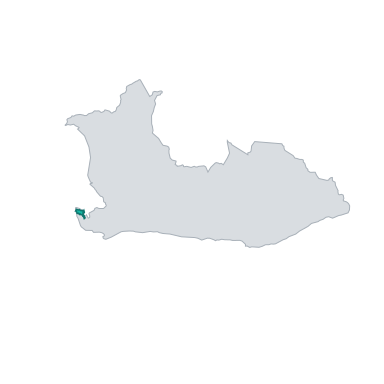 location of Tumbes, Tumbes, Peru, rotated 301°
{"feature_id": "86281439B11077659062931", "entity_name": "Tumbes", "entity_type": "district", "adm_level": 2, "iso_a3": "PER", "parent_name": "Peru", "parent_adm1": "Tumbes", "projection": "robinson", "projection_center": [-80.432, -3.859], "detail": "fine", "context": "in_parent", "style": "filled", "palette": "teal", "viewbox_px": 384, "rotation_deg": 301, "n_neighbors": 0, "source": "geoboundaries", "source_scale": "gbopen_adm2", "svg_char_len": 5867}
<svg xmlns="http://www.w3.org/2000/svg" viewBox="0 0 384 384"><g transform="rotate(301 192 192)"><path d="M262.8,113.7L262.7,114.8L261.5,115.3L260.5,114.5L259.0,114.8L256.7,112.4L251.2,112.7L248.7,115.5L245.1,116.1L241.1,117.4L236.6,118.0L229.5,122.4L227.9,124.2L224.7,126.9L222.1,127.7L220.7,135.8L218.2,140.5L217.1,143.1L218.5,147.0L218.5,148.9L217.0,150.5L215.9,150.7L213.4,152.3L209.8,155.9L209.2,158.6L210.3,162.3L209.9,162.7L206.9,163.4L207.0,165.4L206.4,166.1L208.9,169.0L210.3,169.7L210.4,170.5L210.1,171.2L209.6,171.5L209.5,172.2L211.3,174.3L212.6,178.6L215.2,180.7L215.3,182.1L216.0,183.5L217.4,184.5L220.6,188.8L220.6,190.8L217.3,195.4L222.8,195.4L228.8,197.0L229.7,197.7L230.4,199.8L230.4,201.2L231.6,202.3L231.5,204.8L239.5,204.8L244.6,204.2L253.0,196.5L254.3,195.8L253.6,197.5L253.5,198.7L254.0,200.1L253.0,201.9L252.7,220.7L254.3,219.7L256.2,221.4L257.6,221.5L262.2,219.4L267.5,219.8L279.6,244.2L278.5,245.9L278.6,247.2L277.0,248.2L275.5,250.2L275.3,259.9L274.0,262.9L274.7,264.4L275.4,267.5L276.5,269.4L276.7,270.6L276.6,271.0L274.9,272.1L274.7,273.8L271.6,277.3L271.1,279.6L269.9,280.4L269.7,283.1L272.4,287.4L270.6,290.0L268.9,293.8L271.5,301.8L272.7,303.0L273.9,302.9L275.7,303.6L276.7,304.8L274.4,306.3L274.0,307.0L274.1,309.6L271.6,311.6L268.3,316.6L267.4,316.9L265.7,318.4L265.4,319.2L265.6,319.9L267.0,321.4L267.2,323.2L264.7,325.5L263.1,325.7L262.4,326.3L263.1,329.4L263.0,330.9L262.5,332.5L261.3,334.3L257.7,336.2L254.5,336.5L249.1,331.8L247.4,329.9L242.0,326.0L241.2,321.9L239.4,319.9L236.1,318.4L233.5,316.2L231.5,315.3L226.6,310.6L222.2,309.1L213.9,304.3L209.4,302.6L203.6,298.1L200.5,296.8L198.0,294.7L190.5,290.2L189.3,288.7L188.2,286.5L186.5,285.1L184.6,282.1L181.8,280.3L179.1,277.9L175.8,271.5L174.2,270.0L174.1,267.1L173.1,265.7L174.7,264.8L175.7,260.2L175.2,257.9L171.4,251.8L170.6,249.3L167.9,244.6L166.8,241.8L164.6,239.8L163.7,238.0L162.4,237.3L162.3,235.1L161.5,231.0L160.3,228.9L155.8,225.1L155.4,220.9L154.4,217.9L148.2,206.1L144.6,194.8L141.5,188.5L140.3,184.8L140.2,182.9L137.9,179.5L136.7,176.5L131.7,170.6L128.7,164.0L128.3,162.0L126.3,158.4L123.1,153.7L121.5,151.8L111.7,146.0L107.1,142.5L106.6,140.7L106.8,139.6L107.8,138.6L109.2,139.4L110.1,139.1L110.7,137.8L110.7,135.8L109.9,133.3L106.7,128.4L107.6,126.2L104.4,120.6L105.1,115.1L105.8,113.7L110.6,108.1L111.9,105.8L113.9,104.3L116.0,102.1L118.5,100.3L119.2,100.9L119.9,103.9L119.8,105.9L120.5,108.1L118.8,110.1L116.9,109.7L116.2,110.2L115.9,111.1L116.2,112.6L116.7,113.2L118.1,113.3L116.2,116.2L116.3,116.8L117.7,117.3L118.9,116.6L120.3,114.9L121.1,114.7L125.8,117.5L128.0,117.2L129.7,118.5L129.9,120.6L132.3,124.7L135.9,125.6L136.5,125.3L137.3,123.8L138.1,123.6L138.2,121.3L141.3,118.9L141.8,117.2L141.3,116.1L141.4,115.2L143.2,109.8L143.8,109.3L144.3,107.5L145.0,106.5L146.1,100.5L146.9,100.5L147.7,101.9L148.7,101.6L148.2,100.2L148.3,99.8L151.7,95.0L152.8,93.9L169.3,87.3L177.5,80.5L184.8,71.0L187.0,61.5L187.9,62.1L189.2,61.9L188.8,58.0L189.1,56.2L189.1,55.6L186.8,53.3L185.9,50.8L183.9,49.4L184.0,48.8L186.1,49.3L188.0,49.1L189.6,47.5L190.8,47.7L193.5,49.8L195.5,50.0L196.1,51.6L198.1,52.7L200.8,56.0L202.1,59.6L202.0,60.3L203.2,62.2L205.9,63.1L208.6,65.8L211.3,66.6L212.6,69.0L213.3,69.8L213.7,71.1L213.3,72.7L213.7,73.6L215.7,75.0L217.5,75.1L217.8,75.8L218.8,79.7L218.2,81.7L218.4,82.8L220.7,83.8L221.4,84.7L223.2,84.8L225.8,84.0L229.0,85.2L231.5,84.8L232.6,84.4L233.8,83.6L234.7,83.6L237.3,81.1L238.0,80.8L240.6,82.0L242.9,83.7L245.7,83.4L246.9,82.3L248.9,81.7L252.5,83.8L253.3,84.8L254.3,85.0L258.3,87.2L259.0,88.0L261.0,88.8L261.5,89.5L261.3,90.3L252.1,106.6L254.9,107.9L257.6,107.1L259.0,108.2L260.0,110.8L262.1,112.6L262.8,113.7Z" fill="#d9dde1" stroke="#a8b0b8" stroke-width="1"/><path d="M113.7,113.4L113.8,113.5L114.0,113.6L114.3,113.6L114.5,113.6L114.5,113.4L114.8,113.4L114.8,113.2L115.0,113.1L115.0,112.9L115.2,112.7L115.3,112.6L115.2,112.6L115.3,112.5L115.3,112.4L115.4,112.2L115.5,112.2L115.6,111.9L115.7,111.7L115.8,111.6L116.0,111.4L116.0,111.5L116.1,111.4L116.3,111.3L116.4,111.2L116.4,110.9L116.5,110.8L116.5,110.6L116.7,110.4L116.8,110.3L116.8,110.2L116.8,109.9L117.0,109.8L117.1,110.0L117.2,109.9L117.3,109.9L117.5,109.7L117.5,109.8L117.8,109.8L117.9,109.7L118.0,109.8L118.3,109.9L118.4,110.0L118.5,110.2L118.8,110.3L119.0,110.2L119.3,110.1L119.4,109.9L119.5,109.7L119.7,109.4L119.7,109.2L119.8,109.2L119.8,109.3L119.9,109.2L120.0,109.3L120.1,109.2L120.3,109.1L120.4,108.9L120.5,108.8L120.4,108.8L120.3,108.7L120.2,108.6L119.9,108.5L119.7,108.5L119.7,108.4L119.5,108.5L119.4,108.5L119.4,108.4L119.4,108.2L119.5,107.9L119.5,107.6L119.4,107.5L119.4,107.4L119.4,107.2L119.2,107.0L119.2,106.9L119.0,106.7L118.9,106.6L118.8,106.4L118.8,106.2L118.8,105.9L118.9,105.7L118.8,105.4L118.8,105.2L118.9,104.9L118.9,104.7L118.7,104.5L118.7,104.4L118.3,104.2L118.2,104.1L117.7,102.0L117.4,102.2L117.2,102.3L117.1,102.2L116.9,102.0L117.0,102.0L117.0,101.9L117.3,101.9L117.5,101.9L117.3,101.9L117.2,101.9L116.7,102.1L116.3,102.2L116.5,102.2L116.4,102.2L116.2,102.1L116.3,102.2L116.2,102.1L116.3,102.1L116.2,102.1L116.0,102.3L115.8,102.6L115.5,103.4L115.2,103.9L115.0,104.1L114.9,104.3L114.7,104.3L114.7,104.5L114.6,104.8L114.7,105.0L114.8,105.1L114.9,105.3L115.0,105.4L115.0,105.5L114.9,105.5L115.0,105.8L115.0,105.7L115.1,105.8L115.3,105.8L115.3,106.0L115.3,106.3L115.3,106.5L115.2,106.6L115.0,106.8L114.9,106.8L114.8,107.1L114.8,107.3L115.0,107.4L115.3,107.4L115.5,107.5L115.4,107.8L115.5,107.8L115.4,108.0L115.4,108.3L115.5,108.4L115.6,108.5L115.6,108.9L115.6,109.0L115.6,109.4L115.7,109.5L115.8,109.7L115.7,109.8L115.7,110.0L115.8,110.2L115.8,110.3L115.7,110.5L115.4,110.6L115.4,110.8L115.2,110.9L115.3,111.0L115.2,111.1L115.1,111.3L115.1,111.5L114.9,111.8L114.9,112.0L114.8,112.3L114.7,112.3L114.7,112.5L114.4,112.7L114.3,112.8L114.2,112.8L114.2,113.0L114.0,113.3L113.9,113.3L113.7,113.4Z" fill="#14b8a6" stroke="#0f766e" stroke-width="1.5"/></g></svg>